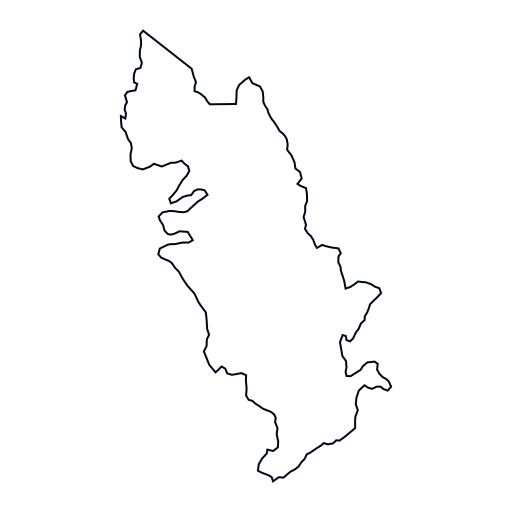 Tietê, São Paulo, Brazil (Robinson projection)
{"feature_id": "56859067B13135315679807", "entity_name": "Tietê", "entity_type": "district", "adm_level": 2, "iso_a3": "BRA", "parent_name": "Brazil", "parent_adm1": "São Paulo", "projection": "robinson", "projection_center": [-47.707, -23.049], "detail": "fine", "context": "isolated", "style": "outline", "palette": "ink", "viewbox_px": 512, "rotation_deg": 0, "n_neighbors": 0, "source": "geoboundaries", "source_scale": "gbopen_adm2", "svg_char_len": 3524}
<svg xmlns="http://www.w3.org/2000/svg" viewBox="0 0 512 512"><path d="M339.5,440.6L344.5,437.0L349.9,432.5L355.1,428.1L355.1,422.0L355.3,416.9L357.8,410.3L355.8,404.2L356.4,398.0L358.8,390.6L364.4,385.3L368.3,387.8L372.1,388.8L376.9,386.6L380.7,386.7L383.4,389.0L387.7,390.6L391.1,386.7L388.9,381.7L386.5,379.2L382.5,377.0L379.3,373.6L377.1,369.7L377.7,363.8L374.5,361.6L367.4,362.4L362.8,366.2L360.6,369.9L355.5,373.0L350.6,376.2L346.5,376.0L345.6,371.9L346.5,367.3L346.0,361.0L342.4,356.1L340.0,342.2L342.6,335.1L345.8,336.0L346.5,340.1L350.1,341.4L353.1,338.4L355.9,332.5L358.7,328.7L360.9,323.5L364.6,320.1L364.8,316.3L367.1,312.6L369.0,307.9L370.0,304.3L373.9,300.4L377.2,297.3L381.1,293.1L379.3,288.2L375.2,286.8L371.1,284.2L365.9,282.3L361.8,282.0L358.1,281.5L353.8,284.7L350.3,287.0L345.6,288.6L344.1,280.5L342.2,274.6L340.9,270.7L340.5,266.8L338.3,262.2L338.5,256.3L340.8,253.3L338.5,248.4L331.5,247.5L325.7,246.1L322.2,244.9L317.0,247.9L315.0,244.8L313.3,240.0L311.0,236.2L307.6,233.1L305.0,228.8L306.0,224.8L303.6,217.0L305.2,211.8L305.2,205.9L307.1,201.0L306.9,193.8L306.0,188.2L300.4,185.8L297.5,183.9L301.7,178.5L300.0,172.0L295.4,168.5L294.5,162.2L291.5,155.5L287.1,149.8L287.7,144.6L286.8,139.4L285.0,136.0L282.4,133.2L279.6,131.0L277.3,126.9L274.0,121.9L271.3,118.5L268.4,113.0L267.5,109.4L264.9,105.5L263.3,101.8L263.3,97.2L262.7,91.5L260.0,86.5L252.3,83.1L249.1,77.3L245.4,79.5L239.1,85.0L236.7,90.3L236.5,95.6L236.3,100.1L235.9,104.0L209.8,104.3L207.2,101.3L205.1,97.6L200.9,94.1L198.0,92.3L194.5,91.1L194.7,86.2L196.0,82.2L193.7,76.4L192.8,72.8L191.6,68.7L143.1,30.7L140.0,34.4L141.0,40.1L141.1,45.1L139.9,50.4L139.8,56.9L141.9,62.9L140.4,67.9L135.8,69.4L134.1,73.8L133.7,78.5L134.1,82.3L137.2,83.9L135.5,90.3L130.9,91.1L127.4,91.9L124.9,95.3L127.0,102.1L125.3,105.3L124.6,109.4L126.0,113.5L125.3,118.5L120.9,116.1L121.1,121.8L121.6,127.2L125.7,132.2L127.9,138.8L130.9,143.2L131.8,148.4L130.5,154.3L130.7,161.2L133.2,166.1L137.6,168.1L142.8,169.4L149.9,166.7L153.9,163.8L161.8,166.5L170.9,162.8L175.8,162.6L181.6,160.6L184.6,163.8L188.0,166.4L189.3,171.0L186.5,175.9L182.9,179.7L179.4,185.1L176.6,190.4L173.0,194.8L169.3,198.7L170.9,203.3L176.5,201.4L182.7,197.0L187.2,195.6L191.2,195.1L194.0,191.1L197.5,189.4L201.0,189.4L204.7,190.4L207.5,194.8L201.8,199.2L198.2,201.3L190.9,207.9L187.4,211.2L183.9,212.2L179.3,212.0L174.6,211.2L169.8,210.9L162.5,212.4L158.6,216.5L160.0,220.4L163.0,225.0L164.6,230.7L167.9,234.1L171.1,234.6L174.7,233.6L179.5,231.3L187.7,231.9L192.8,240.2L188.8,242.5L183.5,242.5L179.7,243.1L175.1,244.1L171.0,244.1L167.7,244.7L159.8,248.6L158.3,254.3L161.1,257.5L165.7,259.7L168.7,260.8L171.8,263.0L175.1,267.9L178.8,271.6L182.9,279.0L187.2,285.4L190.0,288.6L194.4,293.5L198.6,302.4L201.0,305.9L205.8,312.4L206.5,318.3L207.2,329.1L209.1,334.8L206.8,339.4L206.6,346.0L203.9,351.4L206.7,358.5L209.3,364.9L215.6,372.4L221.7,366.5L225.3,368.7L227.2,373.4L231.9,374.8L236.3,374.1L241.3,373.1L246.1,375.2L245.9,380.2L246.6,388.6L246.1,395.5L248.6,399.8L252.3,400.8L255.5,403.7L258.4,405.5L263.3,408.9L267.0,410.3L270.8,411.8L274.0,414.2L275.7,417.7L275.1,422.3L277.5,428.0L276.7,434.2L278.2,441.5L277.9,447.3L273.2,451.0L267.3,449.6L266.8,453.5L262.1,458.5L258.8,464.2L257.9,470.7L261.8,472.7L268.4,475.2L271.7,477.2L273.0,481.3L278.9,477.2L283.5,477.6L286.6,474.9L290.3,471.8L295.0,469.3L298.5,466.6L301.4,462.2L304.6,458.9L306.8,454.3L310.0,452.8L315.8,448.8L321.0,445.5L323.8,443.1L327.9,444.3L333.1,443.4L336.2,440.3L339.5,440.6Z" fill="none" stroke="#020617" stroke-width="2"/></svg>